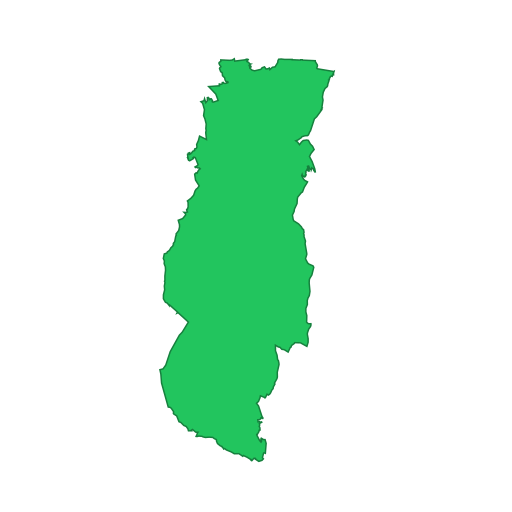 Cazanesti, Mehedinti, Romania (Equal Earth projection), rotated 254°
{"feature_id": "2599482B25744085941733", "entity_name": "Cazanesti", "entity_type": "district", "adm_level": 2, "iso_a3": "ROU", "parent_name": "Romania", "parent_adm1": "Mehedinti", "projection": "equal_earth", "projection_center": [22.915, 44.698], "detail": "fine", "context": "isolated", "style": "filled", "palette": "green", "viewbox_px": 512, "rotation_deg": 254, "n_neighbors": 0, "source": "geoboundaries", "source_scale": "gbopen_adm2", "svg_char_len": 6095}
<svg xmlns="http://www.w3.org/2000/svg" viewBox="0 0 512 512"><g transform="rotate(254 256 256)"><path d="M438.9,332.0L437.5,330.8L436.1,330.3L432.6,326.5L432.9,323.8L431.3,320.7L433.0,320.7L432.7,318.8L433.0,317.2L435.5,316.3L435.3,313.7L434.5,312.9L434.1,311.8L434.4,305.7L435.7,303.5L438.2,301.8L439.1,302.0L439.0,303.2L439.3,303.4L440.2,303.2L440.5,302.0L441.0,301.9L441.5,302.8L441.8,302.7L442.0,303.8L442.4,303.0L444.2,302.2L445.5,300.9L446.7,301.6L446.6,302.3L447.0,302.7L447.4,302.3L447.9,300.7L447.5,300.2L449.2,289.3L451.6,289.5L450.9,287.1L451.4,284.4L454.2,276.2L452.9,275.9L452.2,273.9L451.3,273.5L449.7,273.7L447.9,274.5L447.5,274.4L447.0,273.2L446.3,272.6L443.4,272.8L442.5,273.1L441.6,274.0L438.5,273.5L435.9,275.0L433.8,274.8L432.1,275.2L431.8,275.5L431.5,276.7L430.8,277.1L430.3,276.7L430.3,274.2L430.9,272.6L431.8,272.5L432.0,271.4L430.8,270.9L430.6,269.5L431.4,268.5L431.4,268.0L429.7,267.8L431.9,257.2L422.7,262.0L415.9,262.5L415.7,257.2L416.4,256.5L417.2,257.0L419.4,256.4L419.6,255.7L419.2,255.3L419.4,254.8L419.1,254.6L419.1,254.2L420.5,254.4L421.0,254.1L420.9,253.5L421.6,253.6L421.6,252.9L420.7,252.9L420.4,252.5L418.7,252.1L417.2,250.0L421.4,249.9L419.6,248.8L419.5,245.6L417.5,246.8L410.9,246.8L405.4,244.3L401.8,244.7L396.6,244.5L392.0,242.8L390.8,242.8L388.5,241.7L381.6,240.5L386.8,234.8L382.8,232.4L379.6,229.7L377.1,229.3L375.8,228.3L375.9,226.8L375.4,226.3L374.3,226.1L374.1,224.0L372.8,222.5L372.7,221.4L372.2,221.3L372.0,219.9L372.5,219.8L373.6,220.4L373.5,219.2L372.6,218.8L372.6,218.2L369.7,217.7L369.5,217.3L368.8,217.7L368.6,217.4L367.8,217.7L367.5,217.4L366.6,217.6L365.8,218.5L366.9,222.7L367.7,222.4L368.2,223.6L367.3,224.8L359.8,225.5L359.1,224.7L358.4,221.9L357.8,222.2L358.2,222.8L356.9,224.0L356.2,225.9L355.2,226.4L354.8,225.2L353.9,224.0L351.8,222.1L352.5,221.4L351.6,219.6L345.7,218.8L339.1,220.7L337.3,218.5L336.7,216.9L335.4,215.4L331.6,212.8L329.4,209.3L327.8,205.2L326.3,205.5L321.9,204.3L319.8,202.9L319.9,202.2L319.5,202.0L317.2,202.2L317.2,200.6L317.8,198.9L316.0,199.9L314.8,199.6L312.2,195.8L311.8,191.1L307.3,191.1L305.0,190.5L301.8,188.7L299.2,185.2L297.8,185.1L297.4,184.4L292.2,181.8L290.9,180.0L289.5,179.8L289.3,179.2L288.5,178.8L287.4,176.5L285.6,174.7L284.8,173.3L284.5,172.0L283.4,171.1L283.3,168.4L279.1,166.2L276.6,166.6L273.9,165.6L270.6,165.9L267.2,165.1L261.9,162.9L257.6,161.7L257.0,161.1L255.6,161.2L252.4,159.6L248.7,158.9L244.2,156.3L240.4,155.2L236.5,156.2L235.2,157.7L232.6,158.8L233.1,158.9L233.0,159.3L223.8,165.1L222.8,164.2L223.0,165.5L211.1,172.8L203.1,164.1L201.0,160.5L187.7,147.2L176.0,139.2L173.1,135.5L173.2,132.3L168.7,132.0L159.9,130.2L135.0,130.0L134.1,131.8L132.9,132.6L129.0,133.9L127.5,133.2L126.8,133.4L124.2,135.7L117.9,136.3L116.7,137.9L113.0,139.9L111.4,141.9L108.7,142.9L106.6,142.9L105.7,146.0L106.4,145.9L106.8,147.1L103.3,149.5L102.6,151.5L102.1,150.7L101.3,150.6L99.1,148.7L98.7,149.6L98.7,151.3L97.5,154.5L96.8,155.1L95.5,157.4L94.8,161.0L93.5,164.5L91.9,165.6L90.5,167.3L88.8,167.0L86.3,167.3L83.3,169.4L82.3,170.8L81.2,170.9L80.2,171.7L79.3,171.8L79.5,172.9L77.8,174.0L74.4,178.3L71.9,180.6L70.7,185.1L67.1,188.1L67.7,188.9L65.0,192.0L62.5,194.3L61.0,195.0L61.5,195.3L60.6,195.9L62.1,198.2L62.0,198.7L61.1,199.2L61.5,199.5L59.6,200.5L57.8,202.1L57.9,205.4L59.0,207.2L60.4,206.6L64.5,209.0L64.3,210.0L63.8,210.6L73.1,214.1L77.0,214.1L77.4,212.7L79.9,210.4L77.8,211.2L77.6,210.8L78.2,210.4L77.9,209.7L76.3,210.2L75.7,209.5L77.6,208.6L83.7,207.4L84.2,207.5L84.0,207.9L86.3,210.3L87.7,211.1L87.6,211.9L89.9,212.4L91.2,212.1L92.6,213.0L94.0,213.0L94.6,215.7L95.0,215.6L95.1,214.0L95.7,213.8L96.0,212.2L98.1,212.6L97.7,214.2L97.9,214.8L98.3,215.7L99.0,216.0L99.2,217.1L98.1,217.3L98.0,217.8L98.5,218.0L100.2,217.5L111.1,217.1L114.3,215.9L115.5,218.3L118.7,220.8L120.4,221.7L117.9,225.0L117.1,225.5L117.5,226.2L120.1,228.5L118.9,229.5L119.4,231.0L120.3,232.2L122.9,234.4L123.7,235.8L125.4,236.6L127.7,238.9L128.7,238.7L132.3,242.3L133.8,243.2L138.4,244.4L145.3,248.2L146.8,248.5L149.4,248.7L150.4,248.2L154.9,248.9L159.5,248.6L164.9,250.1L162.5,252.3L161.6,253.9L159.2,255.1L158.2,257.3L154.8,260.4L158.6,263.7L158.7,264.5L160.2,265.5L161.3,268.6L162.0,269.3L160.3,274.8L155.1,280.0L158.7,282.3L162.1,283.3L166.9,283.8L168.3,284.5L171.3,286.6L173.1,288.9L174.5,289.8L175.8,290.1L176.2,288.3L176.9,287.3L178.4,286.4L184.7,288.4L188.5,288.5L191.9,289.5L195.2,292.0L199.0,293.0L201.2,294.3L203.2,296.3L207.1,298.1L215.5,299.7L218.4,300.7L219.5,301.4L222.4,304.5L229.2,308.4L230.8,308.1L233.7,304.6L235.2,303.7L239.7,302.8L243.4,305.2L244.5,305.5L254.4,306.6L256.7,307.7L261.5,307.5L262.9,308.0L264.7,308.0L265.5,308.7L268.3,309.0L269.4,308.1L271.4,307.7L275.1,305.8L279.4,302.0L280.9,301.8L285.3,302.3L288.3,304.9L290.5,305.9L295.1,309.9L299.6,311.5L301.2,312.4L304.4,317.1L304.7,318.3L308.7,321.3L312.8,325.8L313.1,326.0L315.1,323.8L316.7,322.9L320.6,322.0L321.7,322.8L320.6,322.8L318.6,324.4L318.6,324.9L319.0,325.4L319.7,325.5L319.6,326.1L320.4,326.6L321.1,326.3L322.7,327.1L323.2,326.9L325.7,329.4L325.0,329.8L324.6,329.4L323.7,329.4L323.0,330.2L323.1,330.7L326.3,330.1L328.0,330.2L328.0,331.4L324.7,331.8L324.0,332.6L324.4,333.0L323.6,332.9L325.0,334.0L324.5,334.1L324.3,334.8L323.8,335.3L322.5,335.1L320.5,335.8L320.5,336.2L323.7,336.5L331.2,336.0L336.9,334.8L339.4,337.1L342.3,341.2L345.9,340.6L348.7,339.1L352.7,338.2L353.5,336.7L354.0,333.2L352.9,331.0L351.0,328.5L354.1,327.3L355.8,326.0L355.9,328.0L357.2,332.0L358.0,333.0L358.1,336.1L357.5,338.8L358.0,339.8L360.8,342.1L361.2,342.8L371.7,349.9L373.1,352.7L378.2,359.2L378.3,358.7L379.1,359.2L380.1,360.6L380.7,360.3L387.4,363.4L390.6,363.7L394.9,365.8L398.0,368.5L399.1,371.0L399.8,371.7L401.6,372.5L404.3,374.4L405.2,374.3L405.3,375.1L406.3,375.4L407.4,376.6L407.2,376.9L407.6,376.6L408.3,378.0L407.7,378.8L409.2,379.8L408.8,380.5L409.8,380.8L410.1,380.5L411.8,381.9L412.0,382.0L411.9,381.6L419.1,366.5L419.9,366.2L421.8,367.5L422.9,367.6L426.5,366.6L427.4,366.8L431.5,354.6L431.9,354.6L432.4,352.9L432.1,352.6L434.7,344.8L435.0,344.9L437.2,337.4L438.4,334.5L438.9,332.0Z" fill="#22c55e" stroke="#15803d" stroke-width="1.5"/></g></svg>